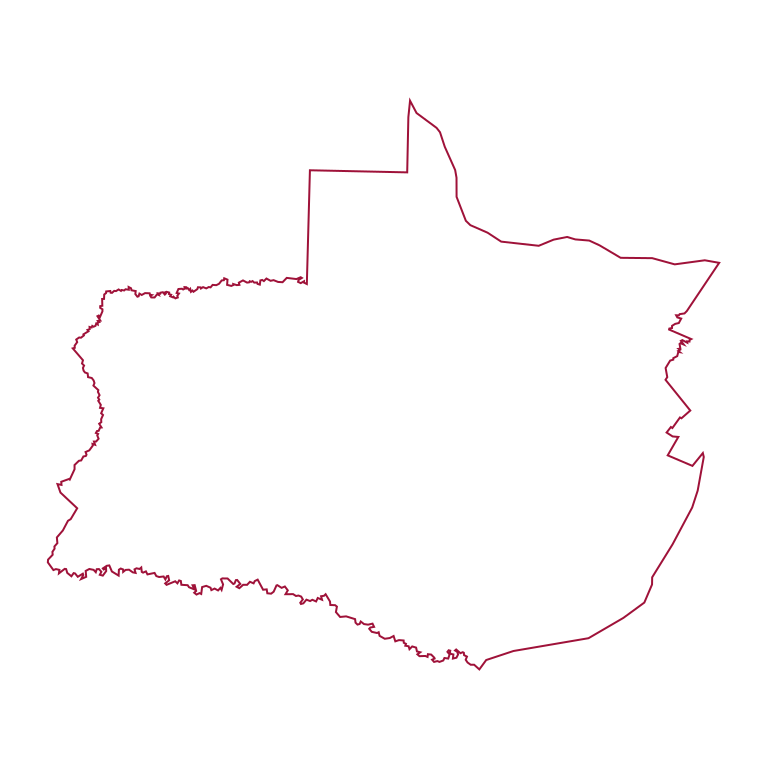 the district of Gualeguaychú, Entre Ríos, Argentina, rotated 271°
{"feature_id": "61730980B45570002459681", "entity_name": "Gualeguaychú", "entity_type": "district", "adm_level": 2, "iso_a3": "ARG", "parent_name": "Argentina", "parent_adm1": "Entre Ríos", "projection": "equal_earth", "projection_center": [-58.719, -32.998], "detail": "fine", "context": "isolated", "style": "outline", "palette": "rose", "viewbox_px": 768, "rotation_deg": 271, "n_neighbors": 0, "source": "geoboundaries", "source_scale": "gbopen_adm2", "svg_char_len": 6062}
<svg xmlns="http://www.w3.org/2000/svg" viewBox="0 0 768 768"><g transform="rotate(271 384 384)"><path d="M511.0,717.0L513.3,702.6L508.7,672.6L514.5,650.0L514.3,618.4L526.4,597.1L531.0,586.7L531.9,572.8L534.2,564.5L531.3,551.1L524.9,536.3L528.4,498.7L537.1,484.9L544.3,467.6L548.6,463.0L572.4,453.3L591.5,452.9L599.2,451.4L622.3,440.6L636.7,435.6L641.0,432.1L655.5,411.8L667.7,405.1L651.2,403.7L596.0,403.5L596.4,306.2L482.6,305.1L484.0,302.2L485.3,302.2L483.4,299.0L484.6,296.3L486.6,296.8L488.6,300.0L489.3,298.8L487.4,294.6L488.4,284.9L484.0,280.8L484.2,276.3L485.9,271.8L485.2,268.8L487.4,264.6L484.8,262.1L485.9,260.4L485.4,258.6L481.2,258.1L481.9,255.8L483.3,255.3L483.1,252.5L484.6,250.8L483.8,249.3L484.4,248.0L483.3,247.4L483.0,245.3L485.1,241.2L482.8,237.1L480.6,237.7L480.3,235.1L481.3,231.6L480.4,231.8L479.4,229.6L480.4,225.4L485.6,225.7L486.9,222.4L485.0,222.1L484.7,219.9L481.3,217.3L479.9,214.6L480.1,210.9L477.6,208.9L477.9,207.1L476.5,204.6L477.7,201.4L476.3,199.3L477.4,198.9L477.5,196.3L475.6,195.7L472.9,191.9L474.1,190.9L472.8,189.4L475.7,188.6L474.5,187.6L476.3,186.3L475.8,184.0L476.7,185.4L477.3,184.7L477.4,182.8L475.8,183.0L475.0,181.5L475.7,180.3L475.4,176.8L471.4,175.1L470.9,177.4L468.6,175.8L466.9,176.3L466.0,173.9L467.6,172.0L466.9,171.6L468.0,168.7L469.5,169.6L470.2,167.4L471.7,167.6L472.4,164.8L471.7,163.2L470.6,164.3L469.6,163.3L471.9,161.3L471.4,158.9L470.4,158.7L470.7,156.4L469.1,157.2L469.8,155.6L466.5,153.1L466.5,149.8L468.0,148.8L468.9,150.2L469.2,148.5L470.6,148.1L470.7,143.5L468.8,140.2L470.1,137.9L467.4,137.1L467.0,135.9L469.6,133.8L472.6,134.1L473.3,129.9L475.3,129.4L476.5,127.0L473.8,127.2L474.2,123.9L473.0,122.6L473.4,120.0L472.5,119.4L473.9,117.0L472.2,114.4L472.4,112.6L470.4,110.5L470.5,109.1L472.2,108.7L471.7,104.6L470.1,104.5L468.6,102.7L464.2,102.6L464.1,100.7L457.3,101.0L456.9,98.9L455.2,98.9L453.8,101.2L451.7,101.2L446.1,98.9L447.5,97.6L446.8,96.3L442.4,99.3L442.1,97.0L440.9,98.1L440.5,96.6L438.5,96.8L439.4,95.2L437.1,94.5L436.2,92.6L437.0,91.3L435.4,90.7L435.9,88.6L433.7,88.8L432.9,86.6L431.6,87.6L428.4,82.6L427.3,83.1L425.0,80.2L425.2,78.4L423.1,75.5L420.5,76.5L416.9,74.0L414.8,74.2L414.2,72.2L402.5,82.6L399.2,81.7L397.2,83.8L394.8,82.7L392.1,83.4L390.3,84.8L389.4,87.5L385.7,88.0L384.9,91.7L382.5,93.6L379.9,94.5L377.3,93.5L372.9,98.5L371.1,98.1L367.9,99.8L365.3,98.3L363.4,99.6L362.2,98.6L358.2,101.2L355.2,100.5L354.8,103.8L349.8,101.7L348.1,103.6L343.9,101.8L340.9,102.0L339.3,99.9L335.6,102.3L335.4,100.9L332.2,99.5L332.0,97.9L330.0,96.8L329.1,99.0L327.5,98.2L324.3,99.6L321.5,97.2L321.4,95.0L318.2,96.2L319.0,93.6L317.3,93.9L312.5,90.5L310.8,86.8L308.1,87.8L306.8,87.1L306.3,84.7L302.3,82.6L301.9,80.3L297.6,76.0L293.4,76.1L283.0,71.5L283.6,70.9L280.6,63.0L277.5,63.3L278.2,59.3L269.8,62.4L254.4,79.4L243.4,73.1L241.7,70.4L232.0,65.5L224.9,59.6L219.2,60.2L215.8,57.3L213.6,57.5L210.4,55.4L207.5,55.7L202.6,51.2L199.8,51.0L192.2,56.7L193.2,59.2L192.5,62.7L189.0,62.3L193.6,68.0L193.4,69.4L189.6,70.6L186.3,74.8L189.5,77.0L189.2,78.4L185.9,81.2L189.1,86.2L187.8,86.7L183.7,84.6L186.0,89.6L191.9,89.0L193.9,92.6L193.1,96.9L190.8,99.1L193.8,100.0L194.0,102.2L191.3,104.7L188.3,103.2L187.5,106.2L192.1,109.5L195.0,109.3L193.6,107.0L194.7,106.1L197.4,110.0L197.8,112.5L191.8,115.2L187.8,122.0L193.7,122.2L194.9,124.0L194.0,126.4L191.6,126.5L193.6,128.9L193.9,132.3L191.3,136.1L190.8,138.9L194.3,137.8L195.4,139.7L194.8,142.8L196.3,144.5L191.9,145.1L191.2,146.4L192.5,149.2L189.5,150.8L191.1,157.9L188.0,159.7L187.1,162.5L187.7,167.0L184.8,168.8L188.0,170.2L188.3,171.6L184.0,172.6L180.8,168.7L179.4,170.1L183.1,178.7L181.1,180.9L184.0,182.6L183.5,184.3L179.7,184.9L179.4,191.2L177.4,192.6L175.3,198.0L179.4,196.1L179.6,198.2L173.8,199.8L172.0,197.9L170.2,200.2L171.7,203.2L170.9,204.9L177.8,205.7L179.1,209.8L177.3,214.1L174.9,215.0L176.5,218.2L174.7,221.7L177.3,224.0L175.3,225.2L180.8,226.6L185.9,224.4L186.8,225.7L186.8,231.0L181.4,236.8L181.9,238.0L185.3,239.3L185.5,240.6L181.6,243.8L178.7,240.2L177.3,242.9L180.8,246.7L180.8,250.6L183.9,253.4L182.4,257.1L184.7,258.2L186.2,261.1L176.2,266.7L176.6,270.3L172.7,271.0L172.4,274.8L174.4,277.3L180.7,280.0L181.0,280.9L178.4,285.2L179.8,288.4L176.0,291.4L172.1,289.2L172.3,296.8L170.5,299.7L171.0,302.2L170.0,304.9L167.2,306.6L163.8,304.1L162.6,304.8L163.3,307.2L167.0,310.2L165.7,313.9L167.0,316.1L165.4,319.9L168.9,321.5L167.2,325.8L170.7,324.8L171.2,327.7L172.8,329.3L165.6,333.8L162.1,334.2L162.0,339.0L160.6,340.8L155.1,339.9L150.3,344.2L151.0,350.2L148.4,359.2L144.9,359.7L143.0,361.7L143.6,363.8L146.1,364.9L143.6,368.2L143.1,372.3L144.2,376.7L141.0,378.3L140.3,374.6L139.0,373.5L136.0,376.1L134.9,381.4L135.7,383.0L132.1,384.0L129.3,389.2L130.1,394.2L132.2,398.0L126.9,399.8L128.2,403.5L127.9,408.1L125.6,408.3L124.6,410.5L122.7,409.9L122.2,413.2L119.3,414.1L122.1,416.8L121.0,420.7L117.2,421.6L116.4,424.9L114.3,422.1L112.5,424.2L112.8,430.1L111.9,432.3L114.6,432.6L114.3,435.9L111.2,439.1L110.4,439.4L109.2,436.9L107.0,438.9L107.9,442.2L107.1,444.3L108.6,448.1L111.1,449.2L110.6,453.0L114.7,454.3L117.3,452.1L118.9,453.3L118.5,454.9L116.5,454.5L115.3,455.7L114.8,458.1L110.7,457.7L111.6,461.2L114.9,462.8L117.5,461.9L118.8,459.7L119.8,460.8L116.2,465.1L117.2,467.4L116.7,468.5L114.3,468.8L112.9,471.7L109.7,470.5L107.0,472.4L104.8,475.6L104.9,479.0L100.3,484.3L109.8,491.0L119.3,518.1L133.4,592.9L154.3,627.4L170.0,648.1L188.2,655.5L195.4,655.5L228.7,675.3L265.9,694.3L282.9,699.5L316.6,705.0L320.5,704.0L307.5,693.8L317.6,668.9L336.2,679.2L336.6,673.5L340.4,667.4L346.0,671.6L345.0,673.1L355.7,680.5L354.9,682.0L362.8,690.7L393.1,665.4L395.8,667.1L404.9,665.3L412.4,669.7L413.4,672.8L414.9,672.8L417.0,676.7L421.2,677.7L421.0,679.2L422.2,677.6L423.3,679.3L424.3,678.0L424.6,679.7L429.2,678.8L430.0,679.7L428.7,683.0L432.3,680.1L433.1,681.5L430.6,686.5L431.9,686.3L431.8,688.7L433.4,688.8L434.3,690.4L443.4,668.1L444.4,668.3L445.0,671.0L447.2,671.0L449.2,674.1L450.1,677.7L454.6,680.0L455.7,676.1L457.8,674.9L457.8,677.6L459.0,678.4L459.8,683.2L462.2,685.5L511.0,717.0Z" fill="none" stroke="#9f1239" stroke-width="2"/></g></svg>